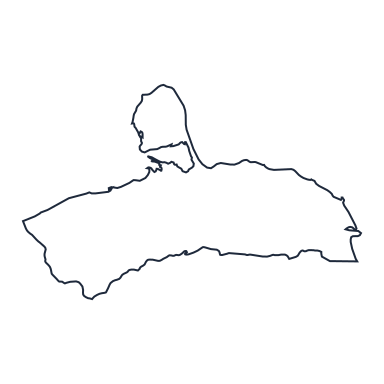 the border of Falcón
{"feature_id": "VEN-23", "entity_name": "Falcón", "entity_type": "State", "adm_level": 1, "iso_a3": "VEN", "parent_name": "Venezuela", "parent_adm1": "", "projection": "albers", "projection_center": [-69.856, 11.252], "detail": "fine", "context": "isolated", "style": "outline", "palette": "slate", "viewbox_px": 384, "rotation_deg": 0, "n_neighbors": 0, "source": "natural_earth", "source_scale": "10m", "svg_char_len": 5470}
<svg xmlns="http://www.w3.org/2000/svg" viewBox="0 0 384 384"><path d="M23.0,221.1L34.8,216.4L39.8,213.5L40.8,212.5L47.5,210.0L68.9,198.2L86.3,193.6L89.3,192.4L91.7,193.4L95.5,193.4L108.4,191.8L110.4,190.6L112.1,187.8L111.1,188.2L110.2,188.9L109.5,189.8L109.1,190.9L108.8,188.1L111.4,187.1L117.3,188.0L120.9,186.9L129.4,182.9L133.5,180.1L135.6,180.2L139.8,180.8L145.4,178.0L147.8,175.1L149.3,172.0L149.4,169.9L149.2,169.1L148.4,168.4L147.2,168.2L148.3,167.4L149.7,167.5L151.3,168.3L152.2,169.7L153.3,170.9L154.4,172.0L155.6,171.4L156.2,170.3L156.6,168.8L157.7,168.9L158.9,169.5L160.0,170.0L160.8,170.7L161.3,170.7L161.6,169.6L161.6,168.5L161.4,167.8L161.0,167.3L160.0,166.9L160.1,166.4L160.3,166.1L160.8,165.3L159.2,164.8L159.4,163.3L154.7,161.6L152.1,161.4L151.8,161.1L152.3,160.5L153.1,160.5L154.7,160.5L153.8,159.6L152.5,159.1L151.0,158.6L149.7,157.9L147.5,156.2L151.8,157.3L154.8,159.0L157.8,160.6L159.8,161.6L160.7,161.9L162.7,162.4L164.5,162.2L166.5,162.8L168.1,163.7L170.2,162.8L171.4,161.8L173.6,162.5L174.2,164.3L175.1,164.8L176.6,164.5L177.3,166.4L179.1,167.5L181.3,168.7L182.6,171.2L186.0,172.4L188.1,171.2L188.8,169.5L192.0,167.6L193.4,166.2L193.8,163.6L191.5,159.7L191.9,157.5L191.0,156.2L189.2,150.9L188.5,147.6L185.8,142.1L185.1,142.1L184.8,144.2L183.9,143.9L182.9,142.8L182.1,142.1L180.6,142.5L179.7,143.3L179.1,144.0L178.7,144.4L173.4,146.1L170.9,146.3L171.5,144.4L167.0,146.4L165.7,146.7L162.4,146.8L160.8,147.2L159.7,147.9L157.2,149.1L150.1,149.7L144.7,152.4L141.9,151.6L139.9,149.5L139.6,146.7L140.0,145.9L141.3,144.4L141.8,143.6L141.9,142.8L141.7,142.3L141.3,141.8L141.1,141.2L141.1,138.2L140.9,138.0L139.9,136.6L139.6,135.9L140.3,136.3L142.0,137.0L142.6,137.4L142.6,134.3L142.4,132.9L141.8,132.0L140.6,131.4L140.1,132.2L139.6,133.5L138.8,134.3L138.2,132.4L135.8,128.2L135.3,127.5L134.8,127.1L134.5,126.6L134.2,124.2L133.9,123.5L133.2,123.3L132.0,123.5L132.6,121.9L133.4,117.7L133.6,116.1L134.0,114.2L136.1,110.6L136.5,108.4L137.3,106.6L140.7,102.7L141.8,101.0L142.2,99.1L142.1,95.8L142.7,94.8L147.5,94.6L149.5,94.1L151.4,92.9L158.3,86.9L160.9,85.5L163.5,84.9L165.1,85.6L166.5,86.5L171.6,87.7L173.7,89.4L183.6,105.7L185.1,110.3L185.7,115.1L185.8,124.8L186.6,129.7L193.4,149.0L198.6,159.4L202.4,164.2L207.1,167.6L211.0,168.2L213.8,166.4L216.7,164.1L220.8,163.0L230.2,164.5L234.5,164.6L239.0,163.0L242.1,160.9L244.0,160.2L246.2,159.9L247.4,160.2L249.6,161.8L250.8,162.2L254.5,162.0L255.7,162.1L262.8,165.0L264.1,164.9L264.8,166.1L266.2,167.4L268.0,168.5L269.4,169.1L274.0,169.9L291.4,169.1L293.5,169.8L295.2,171.1L298.9,175.0L301.1,176.6L303.5,178.0L307.3,179.4L309.1,179.8L310.6,179.9L311.3,179.4L311.8,179.8L314.5,180.9L315.0,181.8L316.2,183.8L319.0,185.9L327.3,190.2L329.8,192.0L331.8,193.9L332.6,195.6L333.6,196.8L340.9,199.9L341.5,198.8L341.7,198.3L341.7,197.5L342.5,197.5L342.8,198.2L344.0,199.9L344.0,200.6L343.1,202.7L344.2,205.6L348.5,212.0L355.4,225.4L356.5,228.5L355.6,229.9L354.7,229.5L353.6,228.4L352.1,227.3L350.2,226.9L348.8,227.2L347.5,227.9L346.4,228.6L345.6,229.3L349.3,230.3L358.3,231.0L361.0,233.1L359.8,235.2L357.9,236.1L352.9,236.2L351.2,237.2L350.7,239.4L350.7,242.0L352.2,248.9L355.7,258.8L357.2,261.4L329.9,261.1L321.9,256.6L321.3,253.8L321.3,251.9L319.4,251.0L317.2,250.5L314.9,250.5L313.4,250.2L308.9,250.1L308.1,250.3L307.2,250.6L305.9,251.2L304.6,251.3L303.9,251.1L302.8,250.5L302.1,250.6L301.3,250.9L300.2,252.0L299.6,252.7L298.3,254.9L297.7,255.8L295.8,256.9L289.2,258.9L287.7,256.3L287.1,255.8L286.5,255.3L284.9,254.6L281.1,254.6L278.6,255.1L274.6,255.1L273.3,254.8L272.6,254.9L270.0,255.9L267.1,256.6L262.5,256.5L250.4,254.6L249.5,254.6L247.6,255.0L246.8,255.0L246.2,254.8L245.6,254.6L245.0,254.4L229.1,253.1L228.5,253.2L227.2,253.7L222.2,255.0L221.1,255.0L220.2,254.8L220.0,254.3L219.8,253.7L219.7,253.0L219.3,251.8L219.0,251.2L218.6,250.8L216.8,249.7L210.9,249.1L205.1,247.4L203.7,247.1L202.7,247.2L197.7,250.6L193.5,252.6L188.7,254.3L187.5,254.5L186.5,254.6L185.8,254.5L185.2,254.3L185.0,253.9L185.2,253.5L185.6,253.1L186.0,252.9L186.9,252.2L186.3,251.1L185.8,251.0L184.9,251.1L184.4,251.3L183.8,251.7L183.5,252.0L183.1,252.5L181.7,253.7L180.2,254.7L179.2,255.1L178.2,255.2L177.4,255.0L176.1,254.9L175.2,255.2L174.2,255.7L173.5,255.8L172.8,255.8L172.0,255.6L171.1,255.4L169.6,255.3L168.8,255.6L166.8,257.1L163.3,258.8L161.8,259.8L160.1,260.7L159.1,260.9L158.2,260.9L152.8,259.7L149.7,259.6L148.7,259.7L147.8,259.9L147.4,260.2L146.9,260.6L146.6,261.0L145.9,261.9L144.6,264.5L143.0,265.7L141.1,266.7L140.3,267.4L139.8,268.2L139.7,268.8L137.9,270.5L133.9,269.6L131.3,269.6L129.4,270.0L128.6,270.5L127.7,271.7L126.8,272.4L123.8,273.8L122.3,274.8L121.5,275.9L120.5,277.6L119.2,278.9L116.8,279.8L115.2,280.2L113.0,281.1L110.6,283.0L109.7,284.5L108.4,287.5L107.8,288.8L106.9,290.5L106.3,291.8L105.8,292.5L104.1,292.9L101.9,293.2L99.5,293.8L97.1,294.9L94.3,296.6L92.9,298.1L92.1,299.1L89.7,298.4L88.1,298.2L86.0,297.2L84.2,296.0L83.2,294.6L83.0,292.7L83.1,289.9L82.4,286.5L80.2,283.6L78.7,282.2L76.1,281.4L70.2,281.8L66.4,282.8L65.4,283.2L64.9,283.4L63.9,282.9L62.2,281.7L60.6,281.6L59.5,281.6L58.9,281.4L57.9,280.4L56.7,279.0L52.5,274.7L51.7,273.7L51.2,271.2L51.1,270.5L50.6,268.5L49.8,266.7L48.9,265.6L47.9,264.5L46.2,262.9L45.5,262.0L45.2,261.1L45.4,260.0L45.5,259.3L45.3,258.7L44.8,257.0L44.6,256.1L44.5,255.0L44.6,253.6L45.7,249.4L45.3,247.8L44.4,246.6L39.4,242.2L38.5,241.6L36.4,239.6L32.0,234.8L30.3,233.7L28.2,231.9L27.0,230.5L25.9,228.5L23.1,221.4L23.0,221.1Z" fill="none" stroke="#1e293b" stroke-width="2"/></svg>